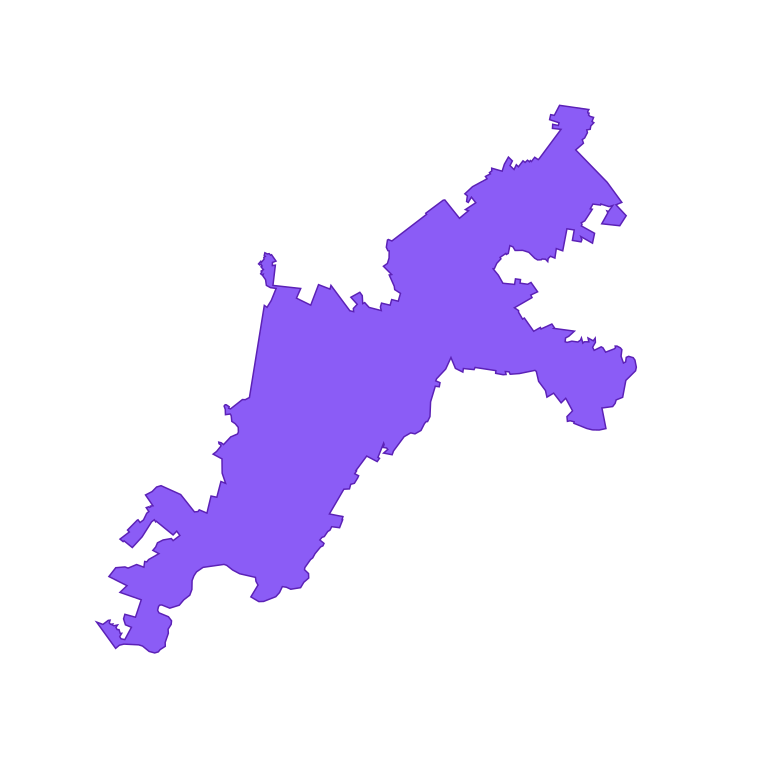 outline of Palenque, Chiapas, Mexico, rotated 99°
{"feature_id": "50627088B42287597012066", "entity_name": "Palenque", "entity_type": "district", "adm_level": 2, "iso_a3": "MEX", "parent_name": "Mexico", "parent_adm1": "Chiapas", "projection": "robinson", "projection_center": [-91.787, 17.453], "detail": "fine", "context": "isolated", "style": "filled", "palette": "violet", "viewbox_px": 768, "rotation_deg": 99, "n_neighbors": 0, "source": "geoboundaries", "source_scale": "gbopen_adm2", "svg_char_len": 6143}
<svg xmlns="http://www.w3.org/2000/svg" viewBox="0 0 768 768"><g transform="rotate(99 384 384)"><path d="M687.1,607.7L683.4,604.5L681.6,600.2L680.0,585.5L680.6,581.5L684.9,574.1L685.5,568.4L683.9,565.0L681.4,563.6L677.3,559.0L673.5,559.7L664.0,558.0L660.0,558.9L654.7,556.6L651.1,556.8L647.6,560.5L645.2,570.5L642.9,572.2L639.1,571.9L637.5,571.0L637.0,568.9L638.9,560.5L634.5,551.6L628.5,548.0L623.0,542.8L617.0,541.6L608.2,542.8L603.1,541.7L598.9,539.8L593.4,534.0L587.2,513.8L587.7,511.0L591.4,504.4L594.0,496.8L595.1,480.7L598.9,479.6L602.3,477.0L615.1,482.2L618.5,473.6L617.6,468.9L611.0,457.6L606.4,454.6L600.0,452.7L600.0,448.6L601.3,444.0L598.2,434.5L592.4,432.2L587.4,428.0L583.0,428.9L579.9,433.4L577.8,433.5L568.9,429.1L566.9,427.2L562.4,425.6L554.8,421.1L553.4,419.0L550.8,418.3L548.1,423.0L545.2,421.3L544.0,419.1L538.5,416.5L536.8,414.5L533.1,413.3L532.9,405.4L524.6,403.6L524.5,404.2L521.4,403.8L520.9,417.6L494.2,407.2L493.0,401.7L488.3,401.2L486.7,397.7L480.9,395.3L478.6,394.7L477.2,398.9L474.2,397.5L473.9,398.2L457.9,389.8L461.7,378.6L458.1,376.8L457.4,378.5L442.5,375.1L443.9,374.4L446.8,375.2L446.8,371.4L448.0,370.0L452.3,373.6L452.6,364.9L448.6,364.1L432.9,355.9L428.1,350.0L428.4,345.6L424.1,340.2L416.7,337.8L414.5,336.4L414.3,335.1L409.0,333.5L394.3,335.2L378.2,333.0L378.1,329.0L373.9,328.9L372.8,333.4L370.6,332.9L359.6,325.4L347.4,322.0L357.4,315.9L359.9,308.0L356.3,308.0L355.7,297.3L353.4,296.6L353.3,275.6L356.0,275.4L356.2,267.8L355.5,264.9L352.7,266.1L352.4,262.4L354.6,260.9L352.5,251.9L346.9,237.0L347.8,235.5L357.2,231.7L365.2,223.5L371.5,221.0L366.5,215.0L374.9,206.1L369.7,202.3L370.5,201.6L381.0,193.6L387.6,198.2L392.2,197.0L391.2,194.4L391.6,190.3L393.1,190.3L396.2,176.8L396.7,171.0L395.8,164.3L393.3,157.8L373.6,165.0L370.5,154.6L367.0,152.7L363.4,152.2L359.8,146.2L342.6,145.7L331.6,137.6L327.9,137.4L321.1,139.9L319.0,142.0L318.4,146.7L319.8,148.9L324.4,148.8L325.8,150.8L319.5,154.2L312.9,154.4L311.3,156.2L310.1,159.8L310.4,161.6L311.9,161.0L313.2,162.0L317.9,170.1L314.0,173.4L313.3,175.3L317.9,181.7L315.1,183.7L309.8,181.7L305.7,182.6L308.6,184.1L306.6,189.7L310.3,188.3L311.0,192.8L312.5,194.0L307.6,196.2L309.9,196.8L312.2,199.1L312.3,205.2L314.3,209.7L313.9,211.7L310.1,211.9L308.0,209.0L302.0,204.2L302.5,224.9L302.0,224.3L298.5,227.6L305.1,237.5L303.7,238.4L308.5,244.4L296.9,255.7L298.2,257.3L292.1,262.3L290.4,262.6L288.3,267.1L275.5,251.3L273.2,253.0L268.9,246.7L260.7,254.7L263.0,257.7L263.1,265.4L259.5,265.5L259.6,270.6L265.2,270.6L265.9,282.3L258.6,288.1L252.6,294.9L253.2,293.9L252.7,293.0L247.2,291.5L242.1,288.1L240.8,289.2L236.0,284.1L236.9,283.4L235.6,281.7L227.6,281.3L228.4,278.1L231.6,275.4L230.3,267.9L231.3,261.5L236.2,254.8L237.4,251.7L236.7,248.1L235.8,247.4L235.5,244.0L237.5,241.4L234.4,241.5L231.8,239.6L232.9,234.9L223.3,235.0L224.5,228.3L202.1,227.6L202.1,220.2L212.7,220.4L212.8,211.6L210.5,211.1L207.6,212.7L212.3,200.1L202.2,199.6L197.0,213.8L195.4,213.4L194.0,214.4L191.4,211.2L178.8,205.6L178.7,207.7L173.6,205.8L173.4,198.1L172.3,198.0L173.6,189.4L171.9,186.0L178.5,189.3L178.2,190.9L180.0,189.7L191.7,194.0L190.8,175.9L179.9,171.1L170.7,182.9L167.4,177.5L149.8,195.2L122.8,231.3L115.0,224.7L111.6,226.4L109.6,224.3L103.9,222.4L101.3,223.5L100.2,220.2L96.7,220.1L93.1,217.6L92.2,219.6L87.9,218.7L87.4,222.4L86.4,224.0L84.4,223.8L84.3,225.1L83.2,225.4L80.9,224.6L81.3,254.2L92.0,257.8L91.9,261.5L97.0,261.8L98.6,252.0L101.4,252.3L101.1,258.0L105.2,257.6L104.8,249.0L136.9,265.8L138.3,266.8L136.5,270.6L141.2,273.2L140.4,274.4L141.8,275.1L140.5,277.3L143.1,279.3L141.8,281.6L148.4,285.2L146.7,287.6L151.8,289.1L148.6,293.7L143.6,292.1L140.4,296.6L148.1,299.5L155.3,300.6L154.0,311.4L156.7,310.9L158.7,312.9L159.8,311.8L163.1,316.3L165.2,314.3L175.2,327.4L183.5,333.9L185.1,331.1L190.8,331.0L191.5,329.2L185.8,326.9L190.6,321.7L199.0,330.9L199.7,327.7L208.5,335.4L192.7,352.7L193.2,354.3L208.8,369.5L209.8,368.5L241.5,398.6L240.6,402.3L241.3,403.1L248.6,403.1L251.7,401.0L251.8,399.7L258.8,398.7L264.4,399.5L267.8,403.0L274.7,393.6L275.5,395.9L285.8,389.2L289.1,388.2L291.9,381.9L300.0,382.9L299.4,389.6L305.2,390.3L304.5,399.1L308.5,399.6L311.9,398.2L310.7,410.7L306.6,415.8L307.9,417.6L300.1,419.3L297.2,422.2L303.5,430.3L309.5,422.9L314.2,426.1L317.3,425.3L317.0,429.2L294.9,451.8L298.7,452.2L296.1,464.2L317.6,468.7L312.9,483.9L302.7,481.2L304.0,509.1L283.6,509.9L284.5,512.8L281.4,513.2L279.5,509.9L273.9,515.3L274.5,516.2L273.2,517.8L273.8,519.6L273.0,522.2L275.8,522.4L276.5,521.2L277.7,522.5L279.5,522.0L283.0,524.2L282.1,524.9L285.0,526.7L285.9,525.2L284.9,524.3L286.5,522.9L287.5,523.8L289.9,521.0L291.7,523.0L292.3,522.2L294.4,523.1L295.2,521.9L294.5,520.5L295.9,520.8L299.5,517.3L305.0,515.6L306.6,511.2L306.5,505.5L319.1,508.4L326.6,511.5L325.1,514.5L418.4,514.8L421.2,518.6L421.5,521.4L432.6,531.7L432.3,533.6L430.7,533.3L429.2,536.5L429.3,537.6L430.8,538.5L433.9,536.8L439.1,535.8L437.7,531.2L439.1,530.0L444.7,528.5L446.5,524.7L449.6,521.2L454.3,520.3L456.3,520.9L460.2,527.1L468.9,533.0L467.5,535.6L467.3,538.1L468.8,537.6L469.8,535.5L471.1,535.5L476.8,538.8L480.0,541.8L483.3,532.3L497.4,529.9L506.9,524.9L505.8,529.8L522.0,531.4L521.7,537.3L539.2,538.7L537.2,546.8L539.1,547.8L540.0,551.2L525.0,567.5L519.3,588.3L521.3,592.5L526.5,596.2L530.9,602.2L540.4,593.2L541.1,595.6L541.8,595.3L542.5,596.4L542.1,597.2L543.3,599.5L546.8,596.3L548.7,598.1L555.9,600.3L559.0,603.3L556.6,605.7L557.2,606.5L568.4,614.5L570.0,612.4L578.5,620.5L580.5,617.0L579.6,616.2L584.9,607.0L572.8,599.0L556.6,592.0L554.0,589.6L555.9,588.0L555.2,587.4L566.1,568.7L561.8,565.7L565.5,561.9L571.7,567.8L569.9,569.9L572.6,577.8L576.3,582.9L580.7,584.0L584.5,586.3L586.8,579.8L594.2,589.0L596.8,590.5L596.7,592.6L602.5,592.5L601.0,600.1L605.9,608.0L605.2,611.2L607.4,620.2L617.2,625.6L623.4,606.3L631.1,612.2L635.1,590.0L653.2,593.0L652.0,603.9L656.7,604.5L662.3,601.7L663.8,595.4L677.0,600.0L676.8,603.9L674.9,605.5L671.3,604.1L671.6,605.5L668.1,607.3L668.3,609.1L666.3,610.7L663.7,609.5L665.0,612.9L664.4,614.8L663.5,614.4L664.1,616.5L662.9,618.0L660.1,617.6L660.6,619.4L665.4,624.0L664.1,630.6L687.1,607.7Z" fill="#8b5cf6" stroke="#5b21b6" stroke-width="1.5"/></g></svg>